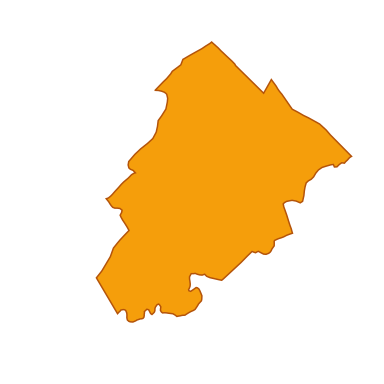 Dangkao, Phnom Penh, Cambodia, rotated 315°
{"feature_id": "14789045B25120607736063", "entity_name": "Dangkao", "entity_type": "district", "adm_level": 2, "iso_a3": "KHM", "parent_name": "Cambodia", "parent_adm1": "Phnom Penh", "projection": "albers", "projection_center": [104.846, 11.473], "detail": "fine", "context": "isolated", "style": "filled", "palette": "amber", "viewbox_px": 384, "rotation_deg": 315, "n_neighbors": 0, "source": "geoboundaries", "source_scale": "gbopen_adm2", "svg_char_len": 3247}
<svg xmlns="http://www.w3.org/2000/svg" viewBox="0 0 384 384"><g transform="rotate(315 192 192)"><path d="M330.0,279.6L330.2,249.4L330.7,243.1L330.3,234.1L329.9,232.7L326.8,221.9L325.0,216.8L323.4,210.8L321.4,204.3L324.7,186.3L324.8,184.7L325.1,182.1L325.6,179.4L326.3,176.9L326.6,175.1L327.6,168.6L312.5,172.8L312.2,133.3L312.7,132.0L312.8,127.7L312.5,119.9L312.4,115.4L312.3,113.1L312.4,108.5L311.9,99.8L310.1,99.7L305.4,98.6L300.2,97.6L293.7,95.7L287.3,93.9L283.1,92.8L280.7,92.2L279.4,91.8L274.0,94.2L266.8,93.2L263.4,92.7L260.5,93.4L254.1,93.9L249.4,93.8L238.0,94.0L237.9,94.1L240.0,96.4L241.8,99.2L243.0,101.9L243.3,103.9L243.2,105.1L241.0,108.6L238.1,111.0L232.2,114.9L224.3,116.7L218.6,117.6L214.0,121.2L209.0,124.4L202.1,126.5L194.8,126.2L186.3,125.2L179.0,125.0L178.1,125.0L168.8,125.7L166.0,127.7L164.4,130.3L164.5,132.3L165.6,135.0L165.6,136.8L165.5,138.4L164.2,137.7L161.8,137.1L160.5,137.0L159.2,137.1L156.4,137.1L153.3,136.8L150.6,136.6L147.4,136.6L143.3,136.9L138.2,137.1L133.7,137.4L131.3,137.4L128.6,137.1L126.6,136.1L126.2,140.0L125.5,142.9L125.2,144.7L125.1,146.8L126.0,148.8L127.7,150.5L129.4,152.7L129.7,155.4L127.8,156.7L124.8,157.6L123.9,159.9L123.0,163.2L122.4,166.4L121.2,171.5L120.2,174.7L118.6,174.7L113.8,174.8L107.5,175.0L103.0,175.4L96.8,176.1L88.5,180.0L79.1,182.4L72.3,184.1L63.7,185.1L53.3,225.4L55.6,225.3L56.7,225.4L58.3,225.2L60.2,226.5L60.9,227.3L61.4,228.8L60.3,231.4L59.1,232.9L57.0,234.9L55.8,236.8L55.9,238.8L56.5,240.1L57.7,241.5L58.4,242.2L59.9,242.8L61.2,243.3L62.6,243.6L64.3,244.5L65.5,245.0L66.8,246.1L67.9,246.7L69.3,246.6L70.7,245.7L71.8,244.6L72.9,243.9L73.7,242.9L77.2,243.0L78.1,244.7L77.5,246.5L76.8,248.7L77.1,250.3L79.1,250.4L80.5,250.3L81.8,249.7L83.4,248.2L84.8,247.5L87.7,247.0L89.2,247.7L89.2,249.2L88.7,251.2L87.2,252.3L85.9,253.5L85.5,255.3L85.7,256.7L87.0,257.8L88.3,259.2L89.4,260.7L90.7,262.4L92.4,264.6L93.1,267.3L93.3,269.3L94.6,270.1L95.8,271.0L97.9,272.3L99.9,274.1L101.5,274.4L104.1,275.0L106.6,275.7L109.4,276.8L111.2,277.2L113.8,276.7L116.1,276.2L117.4,275.8L119.3,275.7L121.7,275.6L123.1,274.7L125.6,272.4L126.4,270.6L127.6,267.7L128.3,265.5L128.1,263.7L127.4,262.5L123.8,261.9L120.8,261.3L120.0,259.6L120.6,258.6L122.0,258.2L124.1,257.2L125.7,255.8L127.5,253.5L128.7,251.8L130.3,250.2L133.7,249.2L135.3,250.8L136.7,251.8L137.6,253.9L138.8,256.0L140.4,257.9L142.8,259.1L142.8,262.0L144.1,265.2L146.3,268.7L149.0,273.0L150.6,275.4L152.5,275.6L176.7,276.5L185.6,276.4L192.4,276.5L193.3,278.5L194.0,279.9L195.7,280.3L197.0,280.9L197.8,283.7L198.7,286.5L200.3,288.4L202.9,289.6L204.8,289.8L206.5,289.5L208.0,288.9L210.1,288.5L212.0,288.2L213.8,286.5L215.3,284.9L216.3,284.7L219.1,285.7L220.9,286.5L222.6,287.4L225.0,288.5L228.2,289.5L231.3,290.9L233.9,292.2L234.7,290.7L236.1,288.3L237.8,284.6L240.0,280.3L242.6,275.4L245.1,270.2L246.4,267.4L248.1,264.9L249.9,264.9L252.2,265.5L255.1,267.4L256.9,268.7L259.2,272.0L260.9,276.2L263.6,276.8L268.5,273.7L272.3,270.6L275.6,268.3L279.2,266.3L282.2,266.4L285.3,267.3L288.7,267.3L292.8,266.2L297.0,265.8L301.3,266.6L305.0,268.5L309.5,271.0L311.4,272.5L310.4,275.0L312.3,276.7L315.6,276.7L318.5,277.2L320.2,279.4L322.0,279.2L324.4,279.3L327.5,279.1L328.9,279.3L330.0,279.6Z" fill="#f59e0b" stroke="#b45309" stroke-width="1.5"/></g></svg>